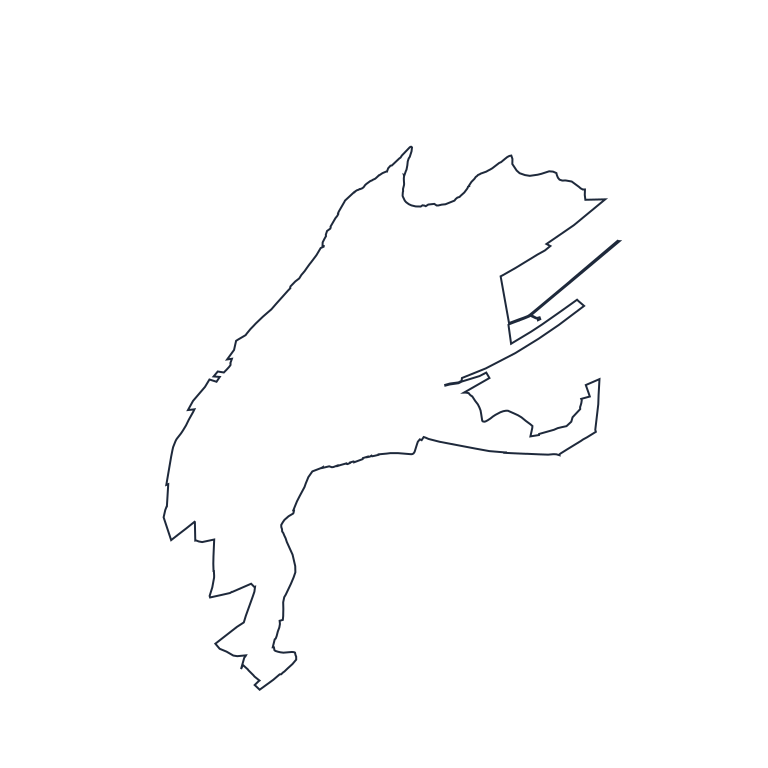 the district of Koknese, Kokneses, Latvia, rotated 145°
{"feature_id": "27541924B15582250394198", "entity_name": "Koknese", "entity_type": "district", "adm_level": 2, "iso_a3": "LVA", "parent_name": "Latvia", "parent_adm1": "Kokneses", "projection": "robinson", "projection_center": [25.431, 56.651], "detail": "fine", "context": "isolated", "style": "outline", "palette": "slate", "viewbox_px": 768, "rotation_deg": 145, "n_neighbors": 0, "source": "geoboundaries", "source_scale": "gbopen_adm2", "svg_char_len": 6153}
<svg xmlns="http://www.w3.org/2000/svg" viewBox="0 0 768 768"><g transform="rotate(145 384 384)"><path d="M606.0,291.8L609.3,288.2L613.4,285.2L630.1,273.4L635.6,269.1L643.8,269.4L671.1,268.0L670.5,261.4L666.5,255.1L663.2,248.0L660.3,245.2L652.7,240.9L653.3,240.6L655.5,239.9L664.6,232.5L660.7,234.7L659.2,228.1L659.3,227.5L658.0,220.2L657.9,218.7L656.1,212.5L657.0,212.5L662.6,211.6L661.2,204.9L644.3,205.2L636.0,206.0L634.7,205.2L632.3,205.6L630.5,205.6L626.0,206.3L619.6,207.1L614.0,208.6L612.3,211.1L612.0,212.6L611.0,215.0L611.6,216.0L613.1,217.3L620.5,221.6L622.8,223.7L624.5,225.6L626.1,227.7L626.4,228.9L625.2,231.4L626.2,232.1L620.0,237.5L618.7,237.6L616.5,239.1L612.9,242.2L609.4,244.6L606.9,247.1L605.3,249.9L602.2,248.8L599.7,251.7L597.6,254.6L595.6,257.3L591.8,263.0L588.0,266.6L585.3,267.8L574.9,273.7L569.0,277.4L564.6,280.6L561.2,285.7L556.8,296.6L554.2,310.4L553.1,314.0L552.6,317.0L552.0,319.6L552.0,321.6L550.8,323.6L550.2,325.7L549.0,327.5L546.2,328.8L543.5,329.8L538.0,330.4L532.8,330.0L532.1,330.3L530.3,332.0L530.8,332.5L522.6,337.8L517.5,340.5L508.2,345.2L505.0,347.5L502.0,349.4L499.4,351.1L492.8,353.5L483.2,351.1L481.9,351.0L482.4,350.5L476.1,348.0L474.4,345.7L473.0,345.0L468.8,343.9L469.1,343.5L466.8,342.8L460.5,340.6L460.7,340.3L459.8,339.3L457.1,338.8L456.9,339.2L452.9,337.9L452.6,338.1L453.3,337.0L444.6,334.7L443.8,335.4L439.2,333.9L439.5,333.6L437.2,332.6L436.7,332.6L435.3,332.5L435.2,331.6L432.9,330.6L429.1,329.1L428.8,329.5L421.8,325.5L418.4,323.7L412.5,319.6L401.9,310.8L400.8,310.3L399.6,310.2L397.8,310.9L391.7,315.6L389.4,317.3L386.4,318.1L385.4,316.4L381.9,317.8L380.7,316.2L379.0,313.4L371.6,304.8L346.0,278.5L336.2,268.6L324.3,258.7L324.0,258.5L324.5,258.3L318.2,253.4L307.9,245.5L306.5,244.5L297.0,237.2L290.1,232.0L285.4,229.3L283.2,227.6L281.1,225.0L280.8,225.7L279.3,225.8L271.4,225.4L255.2,224.4L252.7,224.4L248.4,223.9L237.9,223.3L237.2,225.3L220.1,244.5L214.6,251.8L204.7,264.4L219.3,267.4L221.6,259.1L222.6,255.7L231.0,258.7L231.3,257.3L233.3,255.2L235.0,253.8L236.6,252.6L237.7,250.9L246.2,249.1L248.6,248.6L252.2,245.7L257.9,244.9L258.7,244.8L262.7,246.5L267.0,248.2L271.0,249.0L285.6,254.1L286.3,253.3L294.1,257.1L287.7,263.0L286.5,264.5L287.2,267.1L289.0,272.4L290.5,277.8L292.2,281.6L294.3,285.2L296.9,289.5L297.8,291.0L299.3,292.1L301.9,293.3L304.8,294.1L310.4,294.8L313.4,294.9L316.5,294.7L319.9,294.8L322.3,295.1L323.5,295.6L324.5,296.7L324.6,297.6L321.6,303.7L320.1,306.9L319.3,310.1L318.8,313.5L319.0,318.0L318.8,323.3L319.2,323.9L319.8,326.1L319.9,328.0L321.9,330.0L323.5,331.1L294.2,328.4L293.7,334.7L301.2,335.7L318.9,341.4L322.5,341.9L330.4,345.9L334.7,347.5L334.4,348.2L329.8,346.6L322.1,342.6L318.6,342.1L316.7,344.2L291.7,338.4L258.7,334.0L231.4,332.4L206.9,332.1L175.3,333.2L177.1,340.2L177.5,342.3L186.8,342.2L200.2,342.1L220.4,342.1L227.5,342.3L233.6,342.5L245.1,343.3L256.8,344.1L248.1,361.1L247.0,361.1L241.8,359.8L237.3,358.6L236.9,358.4L236.4,358.4L231.3,357.1L226.3,356.0L225.7,356.1L225.4,356.0L224.9,355.7L224.6,355.4L222.1,351.0L220.7,349.3L221.3,347.9L218.8,347.5L218.3,349.4L220.5,350.2L221.3,350.9L223.5,355.2L223.2,356.1L192.4,358.8L171.6,360.5L109.1,365.9L109.9,366.5L110.4,367.3L170.3,361.8L173.7,361.4L215.8,357.8L224.8,357.1L227.2,357.2L231.4,358.2L236.5,359.6L244.7,361.7L246.6,362.3L226.7,405.3L224.5,405.0L209.6,403.6L184.1,402.0L175.6,401.1L168.6,401.6L170.6,405.5L137.4,405.2L96.9,408.4L113.4,419.4L111.1,423.7L107.8,428.1L109.6,429.3L110.7,431.5L111.2,433.6L114.1,442.2L118.5,446.6L121.3,448.4L123.0,450.7L123.2,453.2L122.6,455.9L121.8,457.9L123.7,461.0L126.7,463.5L134.5,465.9L138.1,467.3L145.2,470.9L148.7,474.3L152.0,478.9L152.9,482.8L152.7,490.6L149.7,494.7L148.7,498.1L150.5,498.9L152.8,499.2L156.1,499.0L160.9,498.6L162.8,499.0L171.6,498.6L174.1,498.8L176.2,499.1L178.4,499.3L184.2,500.9L185.3,500.9L187.0,501.3L188.7,501.0L190.1,501.0L192.2,500.2L196.5,499.4L200.5,497.8L200.7,497.2L202.0,497.4L203.5,496.4L208.4,494.8L213.4,494.2L214.8,493.9L217.0,494.6L219.2,494.4L221.1,493.8L230.6,496.0L233.8,497.8L237.1,499.1L238.5,500.1L239.5,502.7L244.8,505.6L247.8,505.7L248.6,507.0L250.0,508.3L252.1,508.3L256.2,511.3L259.1,514.6L260.5,517.0L261.6,520.2L261.8,522.3L261.0,527.0L260.6,527.8L258.5,530.4L257.8,530.9L256.6,532.8L253.6,535.4L252.8,536.3L251.1,539.1L249.8,541.1L248.2,542.9L247.9,543.7L247.7,543.2L244.1,545.8L242.6,546.7L239.5,549.7L236.9,552.7L234.4,554.6L232.6,555.3L228.0,558.8L225.4,561.7L225.5,562.6L226.3,563.1L227.3,563.1L238.4,560.9L240.5,560.0L242.1,560.0L252.2,558.5L253.5,559.1L256.9,558.3L259.7,556.3L260.1,556.7L264.3,557.6L268.3,557.7L268.5,557.9L270.1,557.6L273.4,557.2L276.2,557.7L277.4,557.7L278.7,558.1L283.6,558.0L285.3,557.8L287.8,556.9L289.5,556.8L291.7,557.3L292.2,557.7L293.4,557.7L294.9,558.2L296.7,558.3L298.2,558.0L298.3,558.3L299.8,558.1L310.8,556.6L311.6,556.1L322.1,551.2L323.9,550.1L323.9,549.5L325.9,548.5L328.7,547.7L337.5,543.6L337.9,542.8L338.9,542.1L342.9,542.0L346.1,539.6L346.7,538.4L349.3,537.2L353.0,535.2L355.0,532.6L354.2,531.6L354.7,531.1L357.9,531.7L365.4,528.3L374.0,525.5L376.4,524.8L380.7,523.3L384.2,522.0L389.2,520.7L391.5,519.7L392.9,519.1L397.8,518.9L404.6,517.6L405.6,516.8L405.8,516.2L409.0,515.6L426.1,511.6L433.3,509.8L444.7,508.6L454.4,507.1L457.7,506.4L461.9,505.6L467.6,504.0L469.3,503.4L478.1,504.1L480.4,504.2L487.3,497.9L498.4,494.1L494.1,491.9L497.9,489.2L498.1,488.5L499.0,487.5L501.2,486.8L504.8,486.0L508.6,485.3L513.0,489.6L519.2,487.9L514.5,484.0L519.9,481.9L524.4,487.8L532.3,484.3L550.1,479.7L559.5,475.1L554.8,472.5L553.8,472.0L556.3,470.6L564.4,466.7L570.0,463.6L575.0,461.4L576.7,460.7L578.8,459.9L584.7,458.1L585.8,457.7L587.0,457.1L588.0,456.5L591.5,454.2L593.0,453.2L595.2,451.2L599.9,446.7L609.7,436.8L620.2,426.2L618.2,425.7L632.1,408.2L632.4,408.3L635.5,406.2L641.0,401.2L647.9,378.2L638.4,378.7L629.3,379.1L618.2,379.8L618.1,379.4L628.4,364.0L627.7,363.7L626.0,361.2L623.6,358.8L612.3,354.0L616.9,348.0L622.5,340.7L626.9,334.7L630.9,328.6L630.6,328.4L633.1,324.4L634.2,322.9L641.3,315.9L647.0,311.5L648.4,310.4L648.9,308.9L639.3,304.9L630.0,301.1L627.9,301.0L627.6,300.7L607.4,296.6L606.6,291.9L606.0,291.8Z" fill="none" stroke="#1e293b" stroke-width="2"/></g></svg>